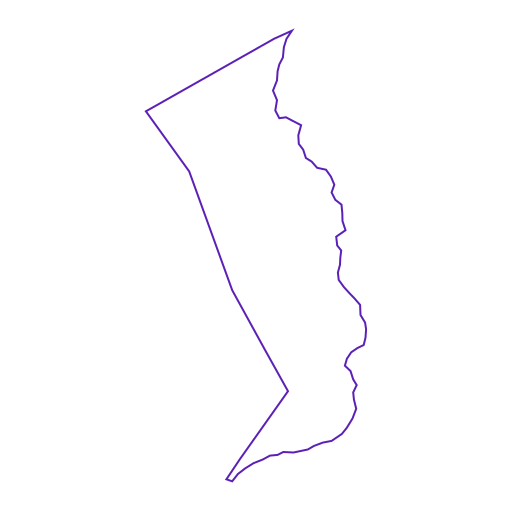 Pedra Branca, Paraíba, Brazil
{"feature_id": "56859067B10838680132800", "entity_name": "Pedra Branca", "entity_type": "district", "adm_level": 2, "iso_a3": "BRA", "parent_name": "Brazil", "parent_adm1": "Paraíba", "projection": "albers", "projection_center": [-38.064, -7.465], "detail": "fine", "context": "isolated", "style": "outline", "palette": "violet", "viewbox_px": 512, "rotation_deg": 0, "n_neighbors": 0, "source": "geoboundaries", "source_scale": "gbopen_adm2", "svg_char_len": 1078}
<svg xmlns="http://www.w3.org/2000/svg" viewBox="0 0 512 512"><path d="M232.2,290.2L265.1,350.1L288.0,391.2L240.0,459.0L226.4,479.3L232.2,481.3L237.9,474.0L245.3,468.3L253.5,463.2L262.8,459.5L270.0,455.6L277.6,454.9L283.3,452.0L293.5,452.5L307.8,449.5L314.0,445.9L322.8,442.6L331.6,440.9L341.9,433.9L346.8,427.8L352.5,418.5L356.2,408.8L353.9,399.4L353.2,392.4L356.7,385.1L353.2,379.4L350.5,371.0L344.9,365.7L346.9,358.7L351.2,352.3L357.5,348.0L363.7,345.0L365.5,337.7L366.1,329.3L365.1,322.6L360.5,315.0L360.1,304.9L354.4,298.3L350.1,293.9L344.0,287.2L338.7,279.9L337.9,272.5L340.0,264.8L340.3,257.8L341.2,250.5L337.2,245.5L336.2,236.7L345.5,230.2L342.5,221.1L342.3,213.1L341.5,204.7L335.3,199.8L331.6,192.5L334.3,184.7L330.9,176.6L326.0,169.7L317.1,167.8L311.7,161.6L305.9,158.0L303.2,149.7L298.8,143.9L298.3,135.4L301.1,125.2L292.2,120.6L286.0,117.3L279.3,118.2L275.3,110.5L277.0,100.2L273.0,90.6L277.0,80.4L277.6,71.2L279.3,64.4L282.9,57.5L283.9,47.1L286.5,38.8L291.9,30.7L274.0,38.8L145.9,111.3L189.2,171.4L232.2,290.2Z" fill="none" stroke="#5b21b6" stroke-width="2"/></svg>